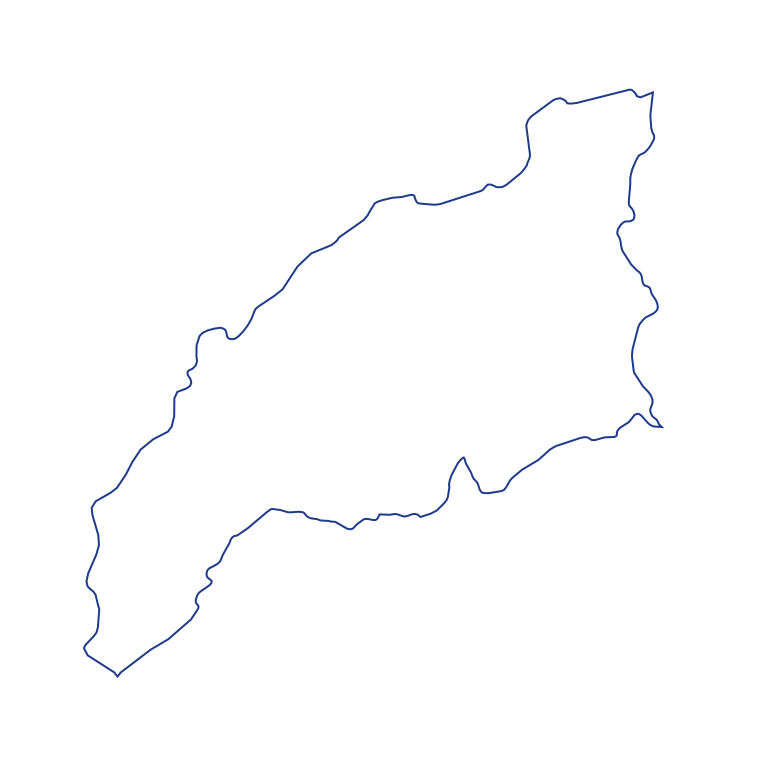 map outline of Uttaradit (Natural Earth projection), rotated 185°
{"feature_id": "THA-398", "entity_name": "Uttaradit", "entity_type": "Province", "adm_level": 1, "iso_a3": "THA", "parent_name": "Thailand", "parent_adm1": "", "projection": "natural_earth1", "projection_center": [100.438, 17.768], "detail": "fine", "context": "isolated", "style": "outline", "palette": "blue", "viewbox_px": 768, "rotation_deg": 185, "n_neighbors": 0, "source": "natural_earth", "source_scale": "10m", "svg_char_len": 4682}
<svg xmlns="http://www.w3.org/2000/svg" viewBox="0 0 768 768"><g transform="rotate(185 384 384)"><path d="M624.0,69.3L627.6,73.2L655.5,87.8L659.9,94.7L658.6,98.1L651.1,107.5L648.8,111.3L647.8,116.6L648.0,134.9L649.5,138.5L653.0,149.0L655.6,152.0L658.8,154.1L661.7,156.7L663.2,161.2L662.2,169.5L655.7,189.1L653.9,198.4L655.4,208.5L663.0,227.9L664.4,235.2L661.0,242.0L646.8,251.9L641.0,257.2L633.3,271.2L627.7,284.8L620.7,297.5L609.0,308.9L595.1,317.7L591.8,323.1L590.2,333.6L591.6,351.4L589.2,358.1L580.1,362.5L576.9,365.3L576.1,368.5L577.2,372.0L580.1,375.7L580.5,376.7L580.7,377.8L580.5,379.0L580.1,380.1L576.0,382.6L573.2,386.0L572.2,390.3L573.3,395.6L574.1,406.1L572.0,415.5L571.9,415.6L571.2,416.7L569.1,419.1L566.9,420.5L564.1,422.1L558.1,424.3L551.9,425.8L550.2,425.5L548.5,425.0L547.1,424.2L546.1,423.0L544.4,417.8L543.5,416.4L542.0,415.6L540.3,415.4L538.5,415.5L537.0,415.9L534.9,417.2L532.6,419.4L528.7,424.3L524.7,430.8L521.8,437.1L519.7,444.4L518.4,447.7L515.4,450.6L500.4,462.7L493.3,469.5L480.4,493.5L467.8,507.8L448.8,517.6L444.6,521.4L442.9,523.5L441.7,526.0L418.7,545.4L415.0,550.5L413.6,553.9L409.0,563.1L406.4,564.9L402.2,566.8L392.5,570.1L382.4,571.9L374.1,574.7L371.9,574.8L370.6,574.4L370.0,573.6L368.8,570.6L368.0,569.2L367.1,567.9L365.7,567.1L364.0,566.9L350.5,566.9L346.7,567.4L343.3,568.3L303.9,584.9L302.1,586.4L299.7,589.8L297.9,591.7L295.1,592.0L293.2,591.5L289.8,590.2L288.1,589.9L284.4,590.3L282.8,590.8L279.4,593.1L265.7,606.4L262.6,611.0L260.7,614.6L260.4,616.6L258.7,621.9L258.5,623.9L258.7,625.9L264.7,653.2L264.7,653.7L264.7,654.2L264.3,656.5L263.8,658.2L263.2,659.8L261.3,662.5L260.3,663.7L240.1,681.5L237.6,682.8L233.5,684.1L229.3,682.8L227.3,681.4L225.9,679.6L222.2,679.6L216.1,680.9L164.8,698.7L162.8,698.5L159.8,696.4L158.3,694.6L157.1,692.8L153.5,691.9L141.5,697.9L142.1,674.9L140.1,662.3L138.8,658.7L136.7,655.2L136.3,653.2L136.4,651.3L139.2,644.7L140.9,641.9L143.9,638.0L145.2,636.9L149.6,634.2L151.0,632.0L152.6,628.2L155.4,619.6L156.3,614.2L156.6,610.4L156.1,604.8L156.0,586.5L155.4,583.5L154.3,582.1L153.0,581.1L151.8,579.6L150.5,577.7L149.2,574.1L149.2,571.9L149.4,570.5L150.0,569.4L151.0,568.6L152.4,567.9L154.2,567.3L157.9,566.9L159.9,565.6L161.9,563.4L164.4,558.7L164.8,555.9L164.6,553.7L162.7,551.0L161.7,549.2L160.9,547.0L160.1,543.3L158.7,538.8L158.0,537.4L148.3,524.7L142.2,519.4L139.4,517.6L137.9,516.1L136.8,514.0L135.7,509.7L134.9,507.3L133.8,505.5L132.5,504.7L130.9,504.4L129.3,503.9L127.9,503.1L127.0,501.7L125.1,497.0L120.3,490.9L118.5,487.3L118.0,484.6L118.1,482.4L118.9,480.9L119.9,479.5L122.1,477.5L129.0,473.2L130.1,472.1L131.1,471.0L134.0,466.9L134.9,465.1L135.7,462.6L139.4,440.3L139.5,435.4L139.2,432.1L136.4,418.9L135.7,416.9L125.7,404.1L119.8,399.0L118.5,397.5L117.0,395.5L115.2,392.0L114.9,389.1L115.3,386.3L116.5,382.7L116.4,380.5L115.8,378.6L115.0,377.1L114.2,375.7L113.1,374.6L111.7,373.7L110.3,372.9L109.0,371.9L106.4,367.7L103.6,365.4L111.7,365.2L115.4,366.5L118.0,368.5L124.9,375.0L127.7,376.5L129.6,376.2L131.7,375.0L135.2,369.6L137.0,367.2L145.1,360.9L147.1,358.3L147.8,355.9L147.5,354.1L148.1,352.4L149.9,351.3L158.7,350.2L161.2,349.5L168.9,346.5L171.6,346.3L173.5,346.8L174.8,347.8L176.3,348.4L178.0,348.6L179.9,348.5L183.3,347.5L206.6,337.5L210.1,335.3L213.1,333.0L223.8,321.6L238.7,310.9L247.9,301.8L250.0,299.0L252.8,292.7L254.6,289.8L255.7,288.6L258.3,287.4L270.1,284.4L274.1,284.1L276.9,284.4L278.2,285.5L279.1,286.6L279.9,288.1L281.3,291.5L282.1,293.1L283.0,294.4L286.5,297.5L287.4,298.9L289.6,303.4L295.2,311.5L295.9,313.0L297.2,316.4L298.2,317.7L300.4,316.0L303.5,311.6L308.8,299.1L310.1,293.6L310.5,289.7L310.1,288.0L309.9,286.0L310.5,277.2L311.3,274.4L312.9,271.5L320.0,263.0L320.7,262.4L326.0,259.0L336.0,254.7L338.5,256.4L339.9,257.0L341.8,257.2L343.8,256.9L345.9,256.2L348.8,254.7L351.1,254.0L353.1,253.8L360.1,255.5L362.0,255.4L367.1,254.2L377.1,253.7L378.6,249.6L380.3,247.9L382.5,247.5L388.0,248.1L390.5,248.1L392.7,247.2L398.7,241.9L402.3,237.4L404.3,236.4L408.1,236.6L420.5,242.4L425.8,242.4L427.3,242.8L434.2,242.5L435.8,242.7L438.8,243.5L445.8,243.9L447.3,244.5L448.7,245.1L449.9,246.1L452.3,248.5L453.9,249.2L457.7,249.3L466.8,247.9L468.7,247.9L476.1,249.4L483.7,249.8L485.6,249.5L489.3,246.4L507.3,228.3L517.0,220.3L518.7,219.9L520.3,219.3L521.8,217.9L523.0,216.0L524.2,211.8L529.6,199.9L531.4,194.0L532.5,192.1L534.4,190.1L542.3,184.9L543.4,183.5L544.1,181.7L544.2,178.5L543.5,176.6L542.2,175.3L539.5,173.6L538.4,172.5L538.7,170.5L540.6,168.0L548.3,161.7L550.5,159.4L551.7,156.9L552.8,152.3L552.3,149.9L551.2,148.4L550.1,147.5L549.4,146.2L549.5,144.6L550.1,143.0L555.7,132.7L576.6,111.0L593.2,99.1L621.0,73.8L624.0,69.3Z" fill="none" stroke="#1e3a8a" stroke-width="2"/></g></svg>